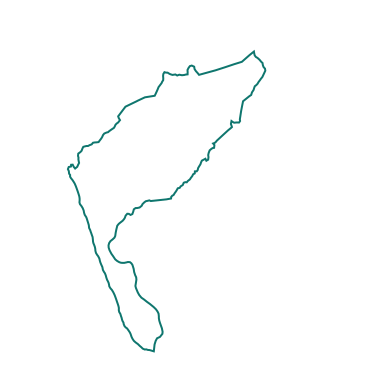 Maraú, Bahia, Brazil, rotated 149°
{"feature_id": "56859067B48056481531186", "entity_name": "Maraú", "entity_type": "district", "adm_level": 2, "iso_a3": "BRA", "parent_name": "Brazil", "parent_adm1": "Bahia", "projection": "robinson", "projection_center": [-39.108, -14.083], "detail": "fine", "context": "isolated", "style": "outline", "palette": "teal", "viewbox_px": 384, "rotation_deg": 149, "n_neighbors": 0, "source": "geoboundaries", "source_scale": "gbopen_adm2", "svg_char_len": 4304}
<svg xmlns="http://www.w3.org/2000/svg" viewBox="0 0 384 384"><g transform="rotate(149 192 192)"><path d="M114.2,228.1L113.6,229.6L108.1,236.2L105.5,239.1L101.5,243.5L93.4,244.6L91.3,244.7L89.3,246.5L86.6,247.8L85.2,249.1L83.7,250.3L81.9,250.5L80.1,251.0L78.1,252.1L76.5,252.7L74.5,253.6L72.5,254.3L66.7,258.2L65.9,260.1L66.3,262.4L65.9,264.3L65.1,266.3L65.6,267.9L66.0,270.6L66.8,273.2L67.7,274.9L67.9,276.8L67.3,278.7L66.6,280.5L72.3,279.7L82.2,277.9L89.9,279.8L99.8,282.0L109.2,284.2L125.6,288.8L125.9,291.0L126.4,293.6L126.5,296.0L125.6,298.3L127.1,300.5L129.0,301.0L131.1,300.1L133.0,298.9L134.0,297.0L135.2,295.1L136.9,295.9L138.4,296.3L140.5,297.3L142.5,299.1L144.7,299.5L145.7,301.3L148.4,302.4L149.4,303.5L150.4,304.8L151.4,306.8L152.9,307.8L153.9,308.9L155.8,307.9L157.0,306.4L158.1,304.2L159.2,302.6L160.6,302.0L162.0,301.0L164.7,299.9L166.7,299.1L168.5,297.7L170.8,296.1L172.7,294.8L174.4,293.7L183.6,297.4L191.4,298.2L193.0,298.3L198.4,298.8L205.1,299.4L216.3,294.9L216.7,293.1L216.7,290.7L219.6,289.6L221.3,289.5L223.0,289.0L224.4,288.0L225.8,287.2L229.3,287.0L231.7,286.8L233.1,286.5L234.7,287.0L237.1,287.3L239.0,286.6L240.5,285.5L242.2,284.6L244.5,283.7L246.4,282.9L248.4,283.8L249.9,284.6L251.5,285.2L253.5,284.5L255.6,284.9L257.5,285.0L258.8,285.8L260.4,286.3L261.9,286.7L263.4,285.8L265.4,284.2L267.2,283.7L269.7,283.5L271.1,281.7L271.6,279.9L272.5,278.6L273.2,276.9L273.8,275.1L275.7,273.9L277.4,272.7L280.1,272.3L280.4,274.6L280.2,276.9L281.6,277.6L282.6,276.2L284.8,276.9L286.6,275.5L286.8,273.4L287.9,271.0L287.7,269.4L288.6,267.9L288.6,266.0L288.3,264.1L288.2,261.7L288.2,259.6L288.6,256.7L289.0,254.6L289.4,252.6L289.8,250.7L290.4,248.1L290.9,246.2L291.6,244.5L292.5,242.9L293.8,241.1L294.3,239.3L294.0,236.8L294.0,234.4L294.4,231.9L295.2,229.8L295.7,227.7L295.6,224.9L295.9,223.3L296.3,221.7L296.9,219.2L297.5,216.8L298.7,214.2L298.9,211.8L299.3,210.1L299.6,208.5L300.0,206.7L300.4,204.6L301.4,202.4L302.4,200.4L302.9,198.8L303.2,196.7L303.6,194.8L304.2,193.1L305.1,191.3L305.7,189.2L305.7,187.0L305.5,185.2L305.7,182.6L306.3,180.8L306.8,179.0L307.2,176.5L307.5,173.8L308.5,171.1L308.6,168.9L308.5,167.1L308.9,164.8L309.5,162.8L310.0,160.5L310.1,158.6L310.3,157.0L310.8,155.4L311.5,153.7L311.5,151.4L311.1,149.3L311.1,146.5L311.4,143.5L311.8,141.3L312.2,139.3L312.8,136.6L313.3,134.2L313.8,132.1L314.4,130.3L315.6,128.4L316.2,126.6L316.2,124.4L316.8,122.1L317.1,120.5L317.7,118.7L318.0,117.1L318.0,115.4L318.6,113.9L318.9,111.8L318.6,110.1L317.9,108.5L317.7,105.9L317.6,103.6L317.8,101.8L318.4,99.1L318.6,96.9L318.5,94.4L317.8,92.1L316.7,89.5L316.0,86.8L315.4,85.1L314.9,83.1L313.6,81.3L312.3,80.7L311.1,79.3L309.8,78.4L306.8,75.1L302.6,80.6L299.8,83.1L297.3,84.6L294.1,84.3L290.4,85.7L289.2,87.3L288.0,90.7L286.9,96.2L286.3,98.6L285.4,100.9L284.4,102.6L283.3,105.0L283.1,107.3L283.3,110.0L284.1,113.1L285.7,117.6L287.2,121.1L288.5,124.6L289.8,127.5L290.3,130.8L290.2,133.8L289.5,138.6L288.9,140.6L286.8,143.1L284.8,145.5L283.8,147.6L283.5,150.2L282.8,153.2L281.6,156.1L281.1,158.1L280.6,160.2L280.7,162.1L281.3,163.8L283.0,165.0L284.4,165.4L286.7,166.2L289.2,167.8L290.5,169.3L291.7,171.5L292.5,173.8L292.7,178.0L292.9,180.5L292.7,184.4L292.1,187.2L291.0,189.3L289.3,190.9L287.2,191.9L284.3,192.3L282.0,192.8L280.4,193.9L278.3,196.5L276.1,198.9L274.9,200.1L273.4,201.6L271.2,202.4L269.3,202.7L267.5,202.9L266.1,203.1L264.1,203.8L262.8,204.5L261.1,205.9L258.7,206.7L257.4,205.8L256.5,204.0L254.5,203.8L252.4,205.5L250.8,207.1L248.7,207.3L247.0,206.4L244.9,205.7L242.2,206.1L240.7,207.1L238.2,207.7L236.4,207.9L234.6,207.3L232.9,206.8L232.0,205.5L217.8,198.9L213.3,197.2L212.3,198.5L210.8,199.0L209.4,198.9L207.5,199.9L205.6,200.7L204.2,201.4L202.3,202.5L200.4,201.9L198.8,202.7L196.4,202.7L194.3,204.2L192.7,203.9L191.5,203.0L189.9,203.6L187.3,203.9L185.7,204.7L183.6,205.5L181.9,206.6L180.1,206.5L178.9,208.2L177.3,207.3L175.8,207.9L174.5,209.3L172.5,210.4L170.5,211.4L169.0,212.7L167.4,213.8L165.4,213.7L163.4,213.6L163.6,211.4L161.5,211.4L159.9,213.4L159.1,215.3L157.6,216.9L155.4,218.6L153.1,219.0L151.6,219.0L150.3,218.5L148.6,220.7L148.9,222.7L147.4,222.4L145.9,222.6L144.3,223.2L135.6,225.0L129.2,226.3L125.7,226.8L124.3,227.1L123.6,230.3L121.6,232.5L121.0,231.0L120.2,229.7L117.9,228.6L115.9,227.3L114.2,228.1Z" fill="none" stroke="#0f766e" stroke-width="2"/></g></svg>